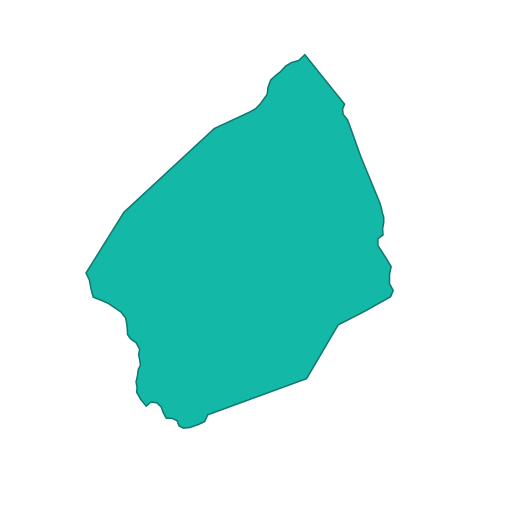 outline of Cardeal da Silva, Bahia, Brazil, rotated 220°
{"feature_id": "56859067B32277633008577", "entity_name": "Cardeal da Silva", "entity_type": "district", "adm_level": 2, "iso_a3": "BRA", "parent_name": "Brazil", "parent_adm1": "Bahia", "projection": "orthographic", "projection_center": [-37.94, -12.045], "detail": "fine", "context": "isolated", "style": "filled", "palette": "teal", "viewbox_px": 512, "rotation_deg": 220, "n_neighbors": 0, "source": "geoboundaries", "source_scale": "gbopen_adm2", "svg_char_len": 1111}
<svg xmlns="http://www.w3.org/2000/svg" viewBox="0 0 512 512"><g transform="rotate(220 256 256)"><path d="M269.3,416.9L273.6,419.2L280.3,420.5L284.2,424.3L285.7,429.2L348.0,441.6L348.9,433.4L353.1,427.0L355.4,420.8L355.7,412.9L356.9,407.4L357.9,400.3L355.1,392.7L351.3,386.9L351.0,381.6L350.5,375.5L351.0,368.5L353.3,362.4L369.9,326.8L381.7,233.4L385.3,204.7L375.3,133.7L368.5,130.7L361.7,125.1L354.2,119.8L347.2,122.2L339.2,124.6L330.8,125.6L323.3,126.3L315.9,124.6L311.0,120.6L307.1,116.7L303.8,113.2L298.6,111.9L292.0,112.5L285.0,109.6L282.4,104.8L278.3,101.7L274.4,98.1L273.2,93.3L269.8,88.0L267.0,82.5L262.6,78.8L259.8,74.9L252.1,72.0L243.6,70.4L242.6,76.5L237.7,79.8L231.5,79.4L226.3,76.3L220.5,74.1L215.8,77.8L210.7,79.1L205.5,76.3L200.9,77.5L196.5,82.0L191.9,89.7L188.9,96.2L190.9,103.3L142.3,187.9L138.4,194.5L148.8,256.0L137.5,282.8L126.7,311.2L128.7,317.8L135.9,320.6L142.1,328.0L145.6,334.7L154.7,337.9L169.4,342.4L173.7,347.7L172.2,353.8L176.5,358.2L179.6,363.7L183.0,367.7L187.1,370.4L191.4,373.8L195.5,376.4L239.3,399.3L269.3,416.9Z" fill="#14b8a6" stroke="#0f766e" stroke-width="1.5"/></g></svg>